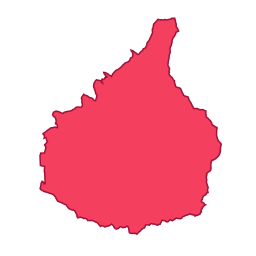 Nades, Mures, Romania (Robinson projection), rotated 266°
{"feature_id": "2599482B14728558628521", "entity_name": "Nades", "entity_type": "district", "adm_level": 2, "iso_a3": "ROU", "parent_name": "Romania", "parent_adm1": "Mures", "projection": "robinson", "projection_center": [24.745, 46.323], "detail": "fine", "context": "isolated", "style": "filled", "palette": "rose", "viewbox_px": 256, "rotation_deg": 266, "n_neighbors": 0, "source": "geoboundaries", "source_scale": "gbopen_adm2", "svg_char_len": 5761}
<svg xmlns="http://www.w3.org/2000/svg" viewBox="0 0 256 256"><g transform="rotate(266 128 128)"><path d="M79.6,207.1L80.2,207.5L81.5,207.9L84.9,208.0L87.2,208.3L89.3,209.2L90.0,209.6L90.1,211.0L91.3,213.3L92.6,214.8L93.8,216.4L94.6,217.0L97.1,218.2L98.0,218.5L102.4,219.0L105.4,219.9L105.6,219.9L108.1,217.8L110.6,216.6L112.3,216.3L114.1,215.8L120.0,216.3L121.6,216.9L122.1,216.9L122.4,216.7L122.5,216.1L123.3,214.9L123.8,214.2L124.5,213.7L124.7,213.0L125.3,212.3L126.2,211.9L127.3,211.8L129.6,210.7L130.5,209.6L132.1,208.5L133.4,207.0L133.9,206.8L135.7,206.8L137.1,206.6L139.5,206.9L141.0,204.1L141.2,203.4L141.2,202.4L141.1,201.6L141.3,200.7L142.6,198.5L142.7,197.8L142.6,196.9L142.8,194.9L144.0,194.6L146.0,193.5L148.8,192.5L150.3,191.5L151.8,190.8L153.9,190.4L155.0,189.8L155.7,187.4L156.7,185.7L158.4,185.2L160.0,184.4L163.3,183.4L164.3,182.4L165.3,179.4L165.6,178.9L166.1,178.5L167.2,178.2L170.1,177.6L171.7,177.7L172.0,177.6L173.0,176.5L175.1,175.6L175.8,174.9L176.3,174.3L178.3,172.9L179.4,172.5L180.7,173.2L181.4,172.9L181.9,172.9L183.0,173.4L183.9,173.4L184.5,173.6L187.4,172.3L188.6,172.2L190.0,172.6L191.6,172.8L194.8,173.8L196.1,173.9L198.5,174.4L200.1,175.3L200.8,175.4L204.1,175.4L205.2,175.7L207.4,176.9L209.1,177.4L209.8,177.8L212.4,178.1L214.7,179.2L215.6,180.1L218.0,181.8L218.8,182.2L220.1,182.5L221.2,185.3L224.1,184.2L225.7,183.1L227.3,183.3L228.8,183.3L229.4,183.0L230.3,182.8L231.7,182.8L234.3,182.2L234.3,181.5L234.0,180.9L234.5,179.8L234.5,179.5L233.8,178.3L233.5,177.3L233.5,176.0L233.0,174.1L233.7,172.3L233.4,171.4L233.3,170.8L233.7,168.3L233.7,167.7L234.3,165.3L233.2,164.5L230.0,161.0L229.1,160.6L226.2,160.0L224.7,159.1L221.7,159.1L221.1,159.0L213.7,155.0L212.5,153.7L211.2,152.8L209.6,152.6L208.3,152.0L206.4,150.5L205.9,148.7L205.1,148.5L205.0,148.3L204.0,147.6L203.4,146.3L201.3,144.4L200.8,143.7L200.7,142.6L202.0,141.6L202.5,140.7L204.6,138.4L204.9,137.8L205.4,136.4L204.5,136.7L203.4,137.6L202.0,138.0L199.3,137.8L198.4,137.3L198.1,136.5L197.6,135.4L196.4,134.8L195.7,134.6L194.7,133.7L193.8,132.5L193.4,130.6L192.9,129.4L191.7,128.1L191.1,127.2L189.0,125.2L188.6,124.4L187.9,123.6L187.5,122.6L186.9,121.9L186.6,120.6L186.4,120.4L186.2,119.8L182.9,116.4L181.9,116.0L180.6,115.1L181.4,114.4L181.6,113.7L182.3,112.6L183.4,111.7L184.1,110.7L184.3,110.0L184.9,109.2L184.9,108.6L185.2,107.7L184.9,107.6L184.4,107.9L183.9,108.0L182.9,108.5L182.7,109.0L181.3,109.5L181.0,109.8L181.0,110.3L180.3,110.5L180.2,110.4L180.4,109.1L179.9,108.9L179.6,108.6L179.6,108.4L179.1,108.3L178.1,107.1L178.6,105.9L178.3,105.8L178.3,105.6L177.8,105.0L176.4,104.9L175.3,105.5L174.7,105.7L175.6,104.7L177.0,104.0L177.6,102.4L177.7,101.1L178.3,100.1L177.8,99.3L176.7,98.3L174.6,97.1L172.3,96.6L171.1,96.6L169.5,97.4L168.8,97.2L168.3,97.6L167.8,97.7L164.4,98.3L162.7,99.4L157.5,97.6L157.6,96.9L157.9,96.3L158.6,95.6L159.9,94.7L160.7,93.2L160.8,92.3L161.9,90.6L162.7,90.0L164.1,86.8L164.7,86.2L161.7,83.8L160.9,83.6L159.0,84.1L156.5,83.7L155.6,84.1L154.3,84.1L153.6,84.0L152.1,83.1L152.0,82.5L152.5,78.5L152.0,77.2L151.5,76.7L150.7,76.1L150.3,74.3L149.6,73.4L149.3,72.7L148.9,70.9L148.7,68.3L148.1,65.4L147.3,64.5L147.3,63.6L147.4,63.0L149.0,60.3L149.2,59.8L149.3,59.1L149.9,57.6L149.3,55.6L148.6,54.6L146.8,53.8L144.8,54.4L143.7,56.1L140.9,56.8L138.6,56.7L138.1,56.0L137.8,56.0L137.0,56.2L136.7,57.0L136.3,57.6L133.7,57.6L133.3,57.5L133.2,57.3L133.7,56.4L133.9,55.6L133.9,54.3L133.6,53.1L133.4,50.7L132.0,48.7L130.7,46.4L129.5,45.3L128.5,42.9L127.5,43.0L126.9,44.0L126.4,43.9L124.8,44.1L123.7,43.6L124.1,44.7L124.1,45.4L121.4,46.0L119.7,46.7L119.3,46.0L117.9,44.7L117.0,43.6L116.3,43.7L116.2,44.1L115.5,44.5L113.5,44.7L113.2,44.4L109.1,43.0L108.9,41.5L109.0,40.3L109.0,39.1L108.2,39.1L106.9,38.3L96.7,38.0L95.4,42.2L92.6,41.7L89.9,41.5L89.7,41.8L78.2,41.5L78.3,40.1L79.5,40.1L80.2,39.2L80.7,39.2L80.8,38.6L79.7,37.9L78.3,37.3L76.9,37.2L74.2,36.2L73.5,36.1L72.4,37.0L71.4,38.4L71.0,39.4L70.7,39.6L69.5,42.5L69.4,43.2L68.3,45.3L67.3,48.3L66.9,48.5L65.8,49.8L64.1,50.8L60.8,52.2L60.1,52.8L59.8,52.9L57.6,57.5L56.6,58.9L55.7,60.8L52.7,62.7L52.0,63.2L51.1,64.4L50.2,66.4L49.9,67.7L50.0,68.1L48.4,69.5L45.5,70.6L45.3,70.9L43.0,71.0L41.8,71.7L42.1,72.4L42.3,73.5L42.2,74.5L42.1,75.1L41.6,76.4L40.8,77.5L40.8,79.0L40.4,80.2L38.5,81.4L38.1,86.4L36.9,88.5L36.2,89.5L36.1,90.0L35.7,90.8L32.6,92.9L32.4,93.3L31.8,93.7L32.3,94.6L32.4,95.0L31.8,96.9L30.9,97.9L31.0,98.5L31.6,100.6L31.5,101.3L31.9,102.5L32.5,103.8L33.3,104.8L32.2,106.0L31.2,106.7L29.9,107.2L29.1,107.8L28.5,108.3L28.0,109.4L28.5,111.5L30.1,113.2L30.0,114.1L29.1,115.6L29.0,116.4L29.1,118.4L30.2,120.0L29.9,120.7L28.7,121.4L26.9,121.8L24.2,121.9L23.4,122.2L23.1,122.5L22.6,123.9L22.4,127.9L21.5,129.5L23.3,131.4L24.5,133.2L25.6,134.2L26.7,135.9L27.3,137.6L29.7,138.7L30.0,139.0L30.1,140.3L29.5,142.4L31.0,144.2L31.0,144.7L30.5,145.9L30.3,147.7L30.0,148.6L29.0,150.3L29.0,150.7L29.6,152.2L29.7,153.3L33.7,155.6L33.4,156.2L32.9,158.4L32.1,159.2L31.6,160.4L31.6,161.1L32.2,162.0L33.3,163.3L33.4,163.6L33.3,164.2L32.4,165.7L34.1,169.0L34.8,169.7L34.8,169.9L34.3,171.2L34.0,172.6L33.9,174.5L34.1,174.9L35.6,176.4L35.9,177.0L36.2,178.3L36.7,179.1L36.9,180.6L37.3,181.2L37.4,182.5L38.0,183.7L37.9,184.2L37.3,185.1L37.1,186.1L36.8,186.5L36.7,188.0L35.6,188.5L35.4,188.7L35.9,189.5L36.0,190.7L36.5,192.4L37.4,194.1L38.5,194.4L38.7,194.6L39.1,195.4L41.1,195.2L41.5,195.5L42.1,196.1L43.7,197.0L45.7,199.2L45.9,199.5L46.0,199.9L46.4,199.2L47.8,198.4L48.6,197.1L49.5,196.1L51.0,196.4L51.3,197.0L52.8,197.4L54.8,198.4L55.8,200.6L56.4,201.3L57.3,201.6L57.8,202.2L57.8,203.1L58.3,203.5L59.4,203.0L61.1,203.1L62.0,203.5L63.5,203.8L64.6,203.3L68.2,202.5L69.2,202.6L71.3,203.0L72.9,202.6L73.7,202.7L75.6,203.4L76.5,203.3L76.8,203.0L78.3,204.8L79.6,207.1Z" fill="#f43f5e" stroke="#9f1239" stroke-width="1.5"/></g></svg>